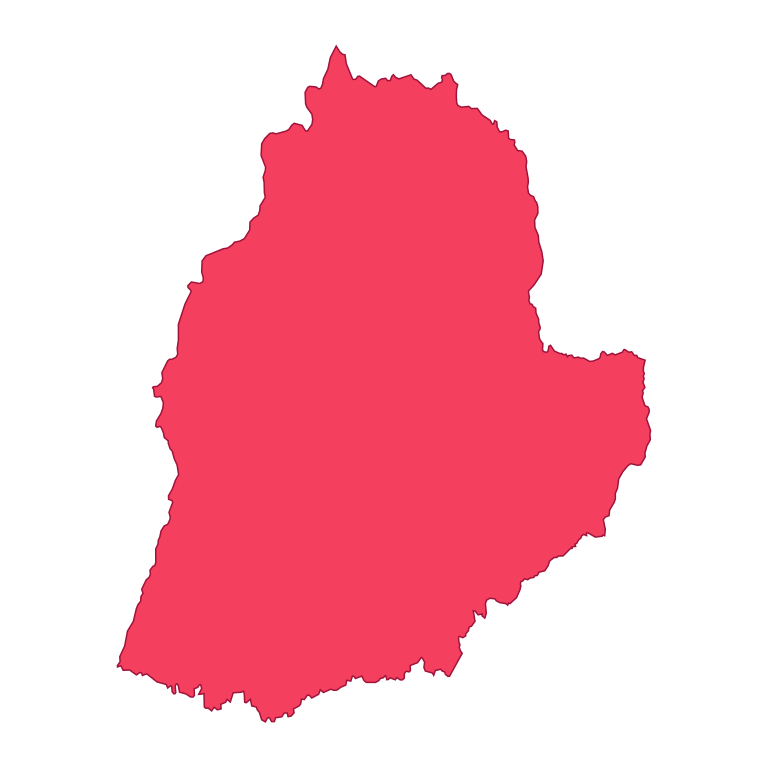 the district of Mercaderes, Cauca, Colombia
{"feature_id": "7082276B43653558961889", "entity_name": "Mercaderes", "entity_type": "district", "adm_level": 2, "iso_a3": "COL", "parent_name": "Colombia", "parent_adm1": "Cauca", "projection": "equal_earth", "projection_center": [-77.166, 1.806], "detail": "fine", "context": "isolated", "style": "filled", "palette": "rose", "viewbox_px": 768, "rotation_deg": 0, "n_neighbors": 0, "source": "geoboundaries", "source_scale": "gbopen_adm2", "svg_char_len": 6082}
<svg xmlns="http://www.w3.org/2000/svg" viewBox="0 0 768 768"><path d="M336.2,46.1L330.3,57.7L327.9,69.2L323.5,78.5L322.6,84.0L320.8,88.3L318.8,88.9L316.1,87.0L309.7,86.3L307.7,87.4L305.1,92.3L305.6,103.8L306.8,107.2L311.9,114.2L312.7,119.7L312.0,124.2L307.5,131.0L305.4,130.7L302.1,125.4L294.2,123.3L291.8,125.1L289.0,129.3L286.4,131.0L276.0,133.9L273.0,132.9L269.8,133.4L264.7,138.6L261.7,143.8L261.1,155.5L265.6,167.2L265.3,170.5L263.1,177.3L264.1,182.2L264.4,193.0L265.3,197.3L260.1,205.8L259.8,210.3L258.3,215.1L253.7,218.1L250.0,222.1L249.7,230.0L244.4,238.6L239.8,241.1L234.4,242.2L232.2,244.9L227.5,248.1L223.4,248.7L206.0,255.7L202.1,260.9L201.7,271.8L203.3,278.1L203.0,281.5L199.9,283.5L191.4,282.0L187.9,285.6L188.0,287.6L190.7,290.2L191.1,291.7L185.0,304.1L178.4,324.3L178.4,340.3L177.2,348.4L177.7,354.3L175.9,357.4L171.9,359.3L169.6,359.3L167.6,361.0L161.9,372.6L162.7,378.8L161.4,382.8L157.3,386.4L153.5,386.7L152.6,387.7L153.7,389.4L154.5,396.2L155.9,397.0L160.9,396.5L163.4,402.9L162.7,408.6L160.9,413.6L156.4,421.1L155.7,426.1L157.1,427.3L160.0,426.4L161.4,427.8L163.3,432.4L164.3,437.6L168.2,440.8L168.3,443.3L170.1,448.8L172.1,450.9L174.4,459.1L177.1,465.0L178.6,474.6L175.4,480.4L172.3,489.1L168.5,495.7L168.6,499.3L171.7,500.4L172.8,502.1L169.0,512.3L170.2,516.9L170.0,519.3L167.8,524.2L164.2,526.0L161.1,530.8L159.7,537.4L158.3,540.1L158.0,544.1L155.7,548.9L155.8,562.5L154.7,565.7L152.9,566.3L150.0,570.2L150.4,574.1L149.3,577.1L146.2,579.9L141.7,589.3L143.0,593.3L141.0,596.4L140.6,601.3L137.9,604.8L136.3,608.9L133.3,621.5L127.5,631.1L124.7,646.0L119.8,656.6L120.1,661.8L117.4,665.5L117.5,666.9L120.9,665.8L123.2,670.3L129.6,670.0L136.4,674.9L139.9,672.5L141.7,673.1L142.4,675.5L146.7,673.8L157.0,681.9L166.3,684.5L167.7,688.0L170.3,685.9L171.6,686.1L172.2,691.8L173.8,693.8L174.9,693.8L175.8,692.5L175.2,686.4L175.9,684.4L176.9,683.9L178.1,685.0L179.6,692.2L186.1,694.0L190.5,697.0L193.2,697.0L194.4,695.3L194.1,688.9L197.8,687.3L199.3,684.9L200.6,684.7L201.7,688.4L198.7,694.4L204.0,693.7L204.3,706.9L205.6,708.2L208.2,708.1L211.6,710.9L214.2,707.2L217.3,709.8L221.1,708.9L220.8,704.3L225.6,702.3L227.0,699.4L230.3,702.0L233.2,692.8L241.3,692.2L243.4,691.2L244.2,693.3L244.7,702.3L246.3,702.7L250.4,699.2L251.8,706.0L256.3,707.0L257.4,710.1L259.4,712.4L261.7,719.8L265.4,721.9L267.3,718.2L268.4,717.6L269.6,718.1L271.6,721.6L274.4,721.6L275.5,717.8L281.8,716.8L284.3,713.0L287.2,713.0L288.1,716.7L291.2,716.0L294.1,712.8L293.4,709.0L299.1,705.9L300.6,704.1L301.5,699.2L304.4,699.5L307.4,695.1L309.5,695.4L311.7,698.0L318.6,694.3L320.3,689.8L323.4,692.5L330.7,689.2L333.9,690.3L336.9,690.1L340.7,687.3L345.8,685.1L346.7,680.3L350.8,681.1L352.4,676.1L353.9,676.3L355.5,678.5L361.8,676.1L364.0,680.5L366.2,682.4L375.5,682.4L378.7,680.7L380.5,678.3L383.3,677.8L385.2,675.7L386.1,676.4L386.8,679.7L388.3,679.5L390.0,677.8L395.3,679.8L396.9,677.5L400.2,679.9L402.6,679.8L404.3,678.1L404.4,673.7L405.3,672.1L406.5,671.3L409.2,671.9L410.4,670.6L410.2,665.5L417.5,662.7L421.3,657.5L422.3,658.0L424.6,662.2L423.9,667.5L425.3,671.0L432.4,673.0L433.7,675.3L435.4,670.5L440.7,669.3L442.4,671.2L444.6,671.9L445.4,674.3L447.8,676.3L449.5,676.3L462.2,653.3L460.4,650.8L459.2,647.1L460.0,644.9L458.8,641.7L458.6,637.2L459.4,636.3L462.8,637.7L465.7,635.9L465.7,633.8L468.3,630.9L469.3,626.9L471.4,626.3L475.0,621.3L473.3,610.7L475.2,611.1L478.1,614.8L482.3,614.0L482.0,615.8L484.8,618.1L486.3,613.3L485.4,603.5L486.6,600.2L489.7,598.3L494.9,598.8L496.3,600.8L499.7,602.6L505.8,603.6L507.7,605.1L508.7,603.0L510.0,603.6L516.5,597.7L520.0,589.7L520.9,585.5L520.3,584.5L520.8,581.7L522.9,580.9L524.4,578.8L527.7,579.7L530.1,578.0L533.7,577.5L534.6,575.9L537.3,575.4L539.0,572.2L544.8,570.8L548.2,565.5L549.7,560.9L554.0,557.6L557.0,557.4L558.2,556.1L563.1,555.9L570.5,548.5L572.1,548.4L571.9,546.9L575.6,546.4L574.9,544.2L576.7,543.4L578.6,539.8L580.8,538.2L581.5,536.1L583.6,534.4L586.6,535.6L586.5,533.0L588.0,532.8L595.3,537.1L602.2,536.2L602.8,535.1L604.7,535.7L605.3,529.3L603.3,519.6L605.4,517.0L609.0,515.7L609.7,509.9L614.2,502.4L615.3,499.0L615.4,493.2L617.5,488.3L618.7,479.0L622.8,471.7L627.8,465.7L630.8,463.7L637.5,465.3L640.7,464.8L645.3,456.8L644.9,453.2L646.9,445.9L650.3,439.8L649.9,434.0L650.6,430.6L646.5,418.8L649.2,412.1L649.1,409.2L648.0,407.0L644.9,405.6L642.1,397.1L643.2,393.0L642.6,390.7L644.9,387.3L643.0,382.4L644.1,378.7L643.3,375.9L644.3,373.8L643.3,370.7L643.5,367.1L645.1,360.2L637.6,357.6L636.8,355.4L634.4,355.5L631.7,351.8L628.8,352.2L624.8,349.5L623.7,349.8L622.5,352.1L615.2,354.9L612.3,353.3L607.5,355.4L604.0,351.8L602.6,351.5L600.8,353.8L600.1,357.4L599.1,358.6L593.1,361.1L589.6,361.4L583.7,358.1L580.1,358.2L578.6,357.1L573.9,357.9L571.8,355.2L568.6,355.5L567.4,356.7L566.0,354.1L563.7,354.9L561.8,353.4L560.1,353.6L554.4,351.1L550.5,345.3L548.9,346.2L548.1,350.9L546.8,352.3L544.1,351.8L542.5,350.2L542.9,343.6L540.1,340.0L539.3,337.7L538.6,331.4L540.0,329.2L540.2,327.3L538.7,322.5L538.7,319.4L536.0,313.0L535.7,308.2L533.2,306.5L532.0,304.3L530.0,303.8L528.9,300.4L529.4,296.9L528.5,292.8L528.8,290.6L534.0,285.0L541.2,274.1L543.2,260.9L541.8,251.8L538.8,242.0L538.3,235.5L534.9,227.4L534.6,220.0L537.9,213.3L537.8,206.6L536.5,202.1L535.5,201.6L533.6,196.7L530.5,195.3L528.5,193.2L527.5,186.7L528.3,182.6L528.1,178.3L526.0,166.7L526.7,161.5L525.7,156.2L522.1,151.2L517.6,150.5L514.2,145.1L514.8,142.1L514.4,139.9L510.2,139.5L508.6,138.2L508.2,131.0L505.6,130.2L501.9,131.9L499.5,131.6L497.2,127.1L496.8,121.9L494.7,120.6L493.4,124.1L492.2,124.0L490.2,120.4L482.1,115.0L477.3,108.4L471.4,108.6L468.7,106.4L461.3,107.2L457.9,105.5L456.7,102.9L456.3,96.2L456.5,89.9L457.7,84.6L453.9,81.6L451.1,74.7L449.5,73.4L447.4,73.5L445.1,75.5L442.1,75.6L441.6,77.6L442.5,80.1L441.3,82.4L438.2,83.2L431.1,89.3L428.2,88.0L425.9,88.3L417.3,80.3L413.9,79.0L411.0,74.8L398.8,78.9L395.6,77.3L393.3,74.7L391.8,76.3L390.3,80.5L387.4,80.6L385.7,78.3L381.3,79.0L378.3,81.0L376.3,86.3L374.7,86.7L359.5,76.1L357.8,76.4L355.6,79.4L352.7,79.3L346.3,63.7L345.0,54.8L342.5,54.3L339.8,51.9L336.2,46.1Z" fill="#f43f5e" stroke="#9f1239" stroke-width="1.5"/></svg>